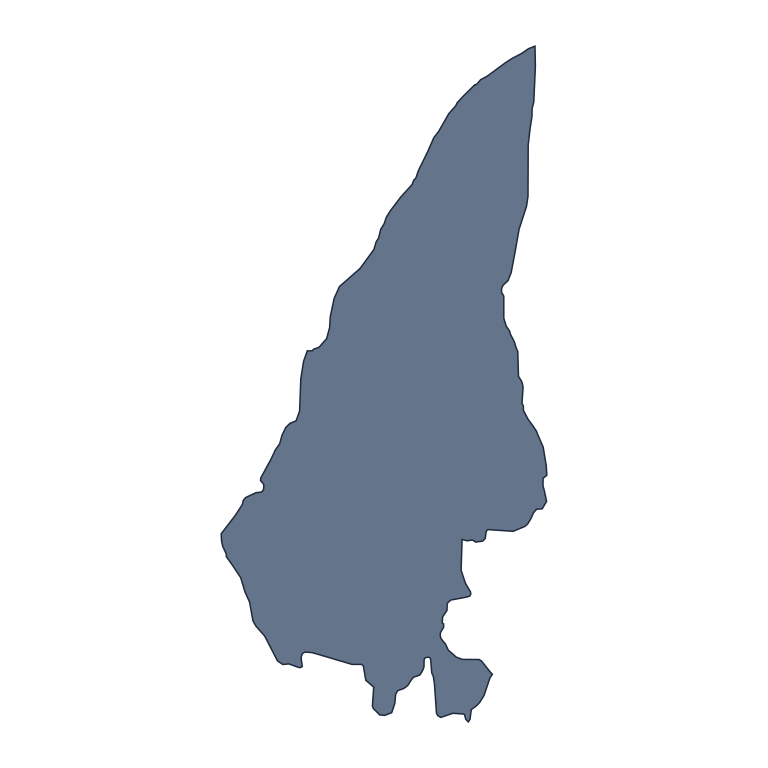 outline of Siquinalá, Escuintla, Guatemala
{"feature_id": "79465075B25163774414820", "entity_name": "Siquinalá", "entity_type": "district", "adm_level": 2, "iso_a3": "GTM", "parent_name": "Guatemala", "parent_adm1": "Escuintla", "projection": "equal_earth", "projection_center": [-90.935, 14.363], "detail": "fine", "context": "isolated", "style": "filled", "palette": "slate", "viewbox_px": 768, "rotation_deg": 0, "n_neighbors": 0, "source": "geoboundaries", "source_scale": "gbopen_adm2", "svg_char_len": 2866}
<svg xmlns="http://www.w3.org/2000/svg" viewBox="0 0 768 768"><path d="M535.0,46.1L528.7,48.6L526.0,50.4L521.9,53.3L512.1,58.4L510.8,59.2L505.3,62.8L487.0,76.3L480.7,79.6L476.3,84.7L475.0,84.6L463.6,95.8L457.1,102.8L455.7,105.9L448.9,113.5L438.7,131.3L433.8,137.7L427.8,151.4L418.4,170.6L415.8,178.2L413.7,180.2L412.1,184.5L400.6,197.2L390.2,211.0L386.2,217.5L384.2,223.6L380.7,229.3L378.6,238.0L376.1,242.0L373.9,249.5L360.1,268.4L339.5,286.5L335.6,295.1L334.2,298.1L330.3,316.6L329.6,327.6L326.6,338.6L319.0,347.3L313.6,349.2L312.2,350.8L307.3,350.8L303.6,361.2L300.8,378.7L299.6,411.1L296.1,420.8L289.9,423.4L285.9,427.3L282.0,435.2L279.7,443.7L275.3,450.0L271.0,459.2L260.9,477.7L260.5,480.5L263.8,484.4L263.7,488.4L263.1,490.3L261.9,491.6L260.7,492.2L256.1,492.6L245.5,497.6L243.2,500.6L242.3,504.6L235.2,515.5L227.1,526.0L221.2,533.8L221.5,540.6L222.7,546.3L226.3,554.1L226.3,556.6L233.5,566.8L240.7,577.7L244.9,591.7L249.6,602.2L252.9,620.8L256.0,626.2L264.7,636.1L277.5,660.9L282.8,664.5L288.8,663.9L298.8,667.5L300.8,667.5L302.2,666.5L302.0,664.0L301.4,660.7L301.2,656.8L302.1,654.4L302.9,653.2L305.0,652.1L308.0,652.3L311.9,652.6L315.9,653.7L352.0,664.4L361.7,664.4L363.3,665.8L365.8,680.3L373.7,687.1L372.4,706.0L373.5,708.7L379.7,714.9L384.8,715.4L391.7,712.7L394.8,703.5L395.7,694.1L397.7,690.7L403.8,688.5L407.8,685.5L409.8,682.2L411.9,679.2L413.4,677.4L414.8,676.7L419.3,675.3L420.3,674.3L421.5,672.6L423.1,669.5L424.0,666.8L424.1,660.4L424.5,658.4L426.2,657.5L428.3,657.1L429.9,657.7L430.6,659.1L431.8,673.2L433.2,675.9L434.4,683.5L436.5,713.3L438.0,715.9L440.9,717.4L452.8,713.3L463.2,714.0L464.5,714.5L465.7,719.2L468.3,721.9L470.0,719.4L471.3,709.6L473.8,707.8L475.7,706.4L477.6,704.7L479.7,702.4L484.0,695.6L490.0,677.8L492.4,674.3L490.5,672.3L481.5,661.0L479.1,659.5L462.4,659.4L456.2,657.1L451.9,653.2L448.3,650.1L445.5,644.1L440.8,638.3L440.2,635.0L440.5,632.5L443.6,627.4L443.7,624.0L442.2,622.8L442.7,616.8L447.0,610.4L447.2,603.7L448.6,601.9L451.0,600.0L461.3,598.1L466.1,597.2L469.6,596.2L470.8,594.1L470.5,591.9L469.7,590.5L468.2,588.0L465.4,583.1L461.1,570.2L462.1,539.5L467.3,540.8L472.5,540.0L475.7,542.1L482.7,541.1L485.2,538.5L486.3,531.1L487.9,529.6L513.2,531.3L524.9,526.4L526.6,524.9L528.0,523.5L531.1,518.3L532.4,515.3L533.2,513.2L536.5,509.3L542.2,508.8L546.6,501.4L544.2,490.1L543.0,486.0L543.1,478.3L546.8,475.3L546.3,465.9L543.2,447.1L538.2,435.6L537.2,433.1L536.3,430.9L532.2,424.8L528.1,419.3L523.4,410.3L523.4,406.1L522.0,403.3L523.1,387.1L521.9,381.8L518.5,376.3L517.8,351.6L516.2,348.0L514.4,341.9L510.3,334.0L509.7,331.2L506.2,326.1L503.8,318.3L503.8,296.2L502.7,294.1L501.6,292.7L501.6,288.5L503.2,285.1L508.0,280.7L511.2,272.6L515.5,249.6L519.1,229.2L526.5,206.4L528.0,196.3L528.2,145.0L530.1,128.5L532.0,116.3L532.1,108.6L533.8,102.0L535.4,66.2L535.0,46.1Z" fill="#64748b" stroke="#1e293b" stroke-width="1.5"/></svg>